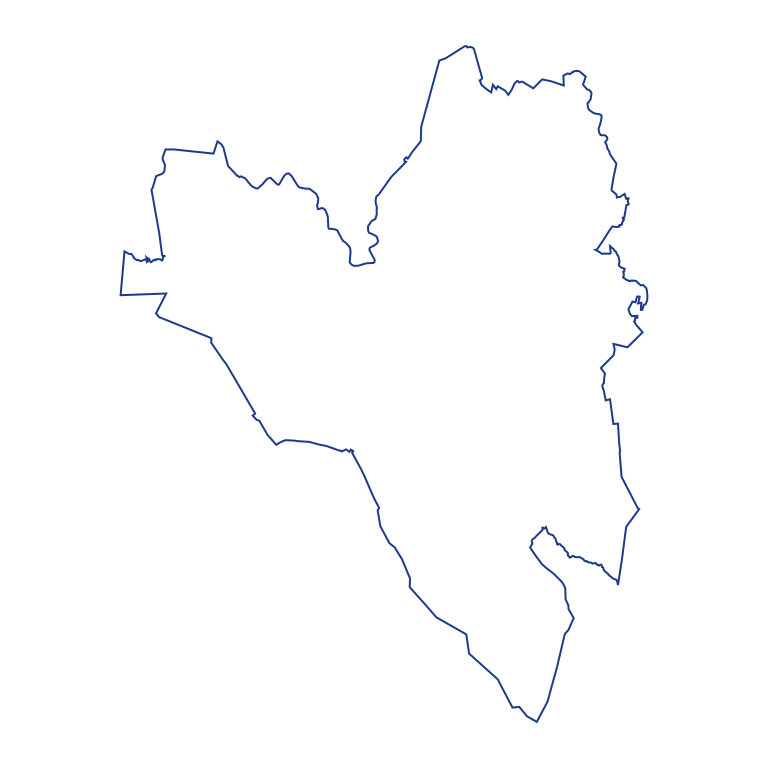 the district of Lagunillas, San Luis Potosí, Mexico
{"feature_id": "50627088B55940986793809", "entity_name": "Lagunillas", "entity_type": "district", "adm_level": 2, "iso_a3": "MEX", "parent_name": "Mexico", "parent_adm1": "San Luis Potosí", "projection": "equal_earth", "projection_center": [-99.616, 21.598], "detail": "fine", "context": "isolated", "style": "outline", "palette": "blue", "viewbox_px": 768, "rotation_deg": 0, "n_neighbors": 0, "source": "geoboundaries", "source_scale": "gbopen_adm2", "svg_char_len": 6077}
<svg xmlns="http://www.w3.org/2000/svg" viewBox="0 0 768 768"><path d="M536.8,721.9L547.5,701.7L557.2,666.4L564.8,634.0L568.6,629.7L573.7,618.1L568.6,609.2L568.3,605.2L565.6,599.3L565.3,588.5L564.1,585.5L562.1,582.2L553.9,573.9L546.4,568.1L541.7,563.9L535.0,554.8L530.1,547.5L532.4,543.7L531.8,541.3L532.0,540.0L533.3,538.7L534.5,538.1L536.5,535.9L542.7,529.7L542.4,527.6L542.7,527.5L544.8,528.5L546.0,527.1L548.0,533.0L550.0,534.4L551.7,534.7L553.4,535.6L554.5,537.9L555.6,538.8L556.3,541.9L557.0,542.6L557.1,544.2L557.7,544.6L558.2,544.1L560.1,544.2L561.6,545.9L562.7,546.6L564.4,548.4L564.5,550.1L566.0,551.1L567.9,553.1L567.9,555.6L569.4,556.6L569.4,557.4L570.3,557.6L573.0,555.7L573.8,556.1L574.5,556.9L577.8,557.3L579.2,556.8L583.5,559.3L584.5,561.0L585.6,561.3L586.7,561.0L587.8,562.2L591.3,562.7L592.7,563.6L595.5,562.9L596.2,564.0L598.3,565.3L598.6,564.9L599.5,565.4L601.1,564.6L601.7,565.2L602.1,567.1L603.2,567.7L603.5,568.7L603.5,569.3L604.5,571.0L607.6,573.5L609.3,575.5L613.2,578.6L615.8,579.5L616.5,580.0L617.2,581.6L618.0,585.0L621.9,559.6L626.2,526.8L639.2,509.1L637.7,508.1L621.6,476.9L619.6,452.5L620.2,451.5L619.2,443.5L618.0,423.6L613.4,424.0L610.0,399.2L605.7,400.4L603.9,391.1L602.3,386.2L602.7,384.3L603.9,383.1L604.2,378.1L605.0,373.6L600.9,368.0L613.6,355.2L614.7,349.7L613.5,343.9L627.5,347.3L642.6,332.3L636.5,325.3L634.1,321.5L634.8,321.2L635.2,318.1L637.4,317.7L637.3,315.8L632.0,316.2L630.0,313.9L628.4,309.3L632.5,301.6L635.5,302.3L636.8,297.3L637.3,296.6L637.9,296.4L639.7,296.7L638.2,303.4L641.4,302.8L641.0,306.5L640.9,309.9L642.3,309.8L643.8,304.7L645.5,304.4L647.2,300.4L647.4,295.5L646.7,289.7L646.2,288.0L643.2,285.1L642.6,285.0L641.5,285.4L640.7,285.3L635.9,280.9L633.5,280.6L632.3,280.9L631.9,280.5L630.1,280.8L630.1,281.1L628.7,281.0L627.9,280.3L626.3,279.8L625.2,278.8L623.5,277.8L623.1,277.0L623.2,276.5L623.8,276.0L623.8,273.9L623.2,271.9L623.4,271.5L624.0,271.6L624.3,271.3L624.2,270.3L624.7,268.8L621.5,267.7L619.1,265.7L618.9,264.4L619.4,262.7L619.4,260.5L618.3,255.8L617.1,254.6L615.9,251.7L614.4,250.8L614.1,249.6L612.6,248.3L611.1,247.4L610.5,246.2L610.0,245.9L610.7,253.2L609.9,253.7L605.1,253.7L604.2,253.5L602.0,253.9L598.6,251.5L595.4,249.8L597.1,249.3L597.4,248.9L605.0,237.6L608.5,231.9L612.3,226.4L616.0,227.0L619.2,226.7L619.0,226.2L619.2,225.3L620.1,224.9L621.0,225.1L622.1,224.1L622.0,222.8L623.9,219.8L623.7,219.2L622.9,218.9L622.6,218.0L623.1,217.5L624.3,217.4L626.4,205.1L628.6,204.5L628.5,203.5L627.7,201.7L627.9,200.3L628.6,198.6L628.4,198.2L628.1,198.1L626.5,198.8L626.0,198.6L625.1,195.1L624.6,193.9L620.2,196.8L616.8,197.5L616.6,194.9L616.0,194.1L611.8,190.6L611.5,189.6L613.4,178.1L616.4,163.7L610.6,155.2L609.8,153.7L609.4,152.0L608.8,150.6L607.2,148.1L607.0,146.5L606.3,144.3L605.1,142.2L606.9,139.9L607.4,138.7L606.9,137.0L605.0,135.3L601.4,135.2L600.6,135.0L599.5,133.3L599.0,131.8L598.6,128.4L600.0,124.7L601.2,120.1L601.6,115.9L600.9,114.8L598.9,114.1L596.3,113.8L593.3,112.9L589.4,110.1L588.4,108.5L587.7,106.0L587.6,103.1L588.5,102.5L590.6,99.2L591.5,93.3L591.2,92.3L589.2,90.0L586.8,89.2L585.6,87.6L583.0,84.8L585.7,76.6L580.8,72.4L578.6,70.9L574.4,71.1L573.2,72.1L571.8,72.3L571.2,73.4L569.6,74.1L567.8,73.4L563.4,75.6L563.8,85.5L551.3,81.3L542.2,79.4L533.3,88.3L522.2,81.6L519.2,82.5L518.1,81.3L517.1,81.0L514.6,83.4L511.7,89.7L508.3,94.8L505.3,90.8L497.8,86.3L496.2,89.1L492.9,84.8L491.2,92.4L487.6,90.0L483.8,86.9L481.4,84.7L480.0,80.9L479.7,80.5L480.6,80.4L480.9,79.6L481.7,79.1L482.1,77.9L474.0,49.1L472.8,47.7L470.8,47.0L467.2,47.4L466.5,46.1L464.6,46.3L445.6,58.3L439.3,60.6L421.2,126.8L420.8,141.2L412.2,152.0L407.8,158.7L406.4,157.3L404.3,159.2L404.5,161.1L406.1,161.8L391.3,176.9L378.9,194.3L376.7,196.2L376.1,197.3L375.7,199.7L375.6,201.8L376.0,204.6L376.6,206.0L376.9,208.4L376.6,209.8L376.8,212.2L376.6,215.0L375.3,219.0L371.7,220.9L368.0,226.3L368.2,231.2L369.2,232.9L371.3,233.6L375.9,236.0L377.1,237.3L378.1,241.3L376.9,243.5L373.4,246.0L370.5,247.2L369.6,248.4L369.4,249.9L372.2,255.4L374.2,258.8L374.7,260.4L374.5,261.9L373.6,262.9L366.7,263.3L363.7,264.0L358.9,265.6L354.2,265.9L351.9,264.9L350.0,262.9L349.7,262.3L350.5,252.8L350.4,249.4L349.4,246.7L345.5,242.5L343.2,241.1L341.4,238.4L340.6,236.3L339.8,235.4L337.5,230.7L336.7,230.0L335.3,229.5L331.6,228.8L329.2,228.9L328.3,227.5L327.9,217.3L327.3,215.0L326.1,211.9L325.0,209.8L323.6,208.6L321.9,208.0L318.5,209.2L317.9,209.0L317.4,207.3L317.4,206.5L317.0,205.7L317.7,203.6L318.3,199.0L318.2,198.1L316.1,193.8L310.0,189.1L307.9,188.6L306.2,188.7L302.0,188.1L299.4,187.3L298.0,186.1L297.0,184.7L291.8,176.3L288.9,173.4L286.6,173.7L285.1,174.8L283.5,176.9L280.3,182.5L278.9,184.6L277.7,184.5L276.6,183.8L270.7,177.9L267.8,178.5L265.6,180.6L262.3,184.4L257.9,188.4L255.8,188.3L252.2,186.5L248.0,182.0L247.4,180.8L245.0,178.3L241.1,176.4L239.4,177.1L237.3,175.5L236.9,175.5L228.0,165.9L223.5,147.8L221.3,144.2L217.5,141.4L213.5,153.6L173.4,149.4L165.5,149.5L162.7,157.2L162.8,159.8L165.0,165.1L164.3,171.5L162.5,173.6L156.2,176.1L152.6,187.9L151.5,189.8L159.3,233.7L162.1,255.1L162.4,255.8L165.4,256.0L163.6,256.6L163.1,257.1L162.8,258.3L163.0,258.7L162.7,259.7L161.9,260.6L160.2,259.3L158.1,259.1L155.6,259.4L155.6,260.2L153.3,260.2L152.9,260.8L150.9,262.3L150.6,262.2L148.8,258.5L147.5,258.3L146.6,257.5L147.8,261.5L146.9,262.1L146.3,259.0L140.7,261.2L138.3,260.0L137.0,260.2L133.9,258.0L133.6,257.0L131.4,253.9L129.1,254.0L124.5,251.4L120.6,295.2L166.2,293.5L156.0,313.4L159.1,317.1L211.4,338.2L211.2,342.7L222.8,359.6L226.3,364.1L255.2,413.6L252.7,415.6L256.5,419.7L259.3,420.7L267.6,435.0L276.3,444.8L280.5,442.2L285.1,440.3L286.0,440.2L294.4,440.6L297.1,441.1L309.4,441.9L319.2,444.6L326.5,446.0L338.5,450.3L339.7,450.6L340.4,450.5L341.7,451.5L346.1,449.4L349.5,451.8L350.7,449.6L353.3,451.1L353.0,451.7L352.2,452.2L352.1,452.8L360.6,468.2L364.1,475.4L374.0,498.2L379.1,507.8L377.7,510.4L380.3,526.1L389.5,543.3L394.7,547.4L402.0,559.2L410.0,578.4L409.7,587.2L426.2,605.6L436.3,617.3L466.3,634.4L469.1,653.6L497.7,679.3L512.5,707.6L519.3,706.9L527.0,716.3L536.8,721.9Z" fill="none" stroke="#1e3a8a" stroke-width="2"/></svg>